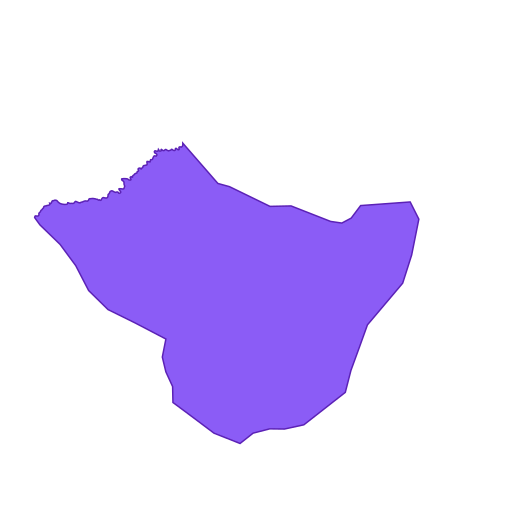 Cenxermandal, Hentiy, Mongolia (Equal Earth projection), rotated 54°
{"feature_id": "93677404B41440940318448", "entity_name": "Cenxermandal", "entity_type": "district", "adm_level": 2, "iso_a3": "MNG", "parent_name": "Mongolia", "parent_adm1": "Hentiy", "projection": "equal_earth", "projection_center": [108.512, 47.906], "detail": "fine", "context": "isolated", "style": "filled", "palette": "violet", "viewbox_px": 512, "rotation_deg": 54, "n_neighbors": 0, "source": "geoboundaries", "source_scale": "gbopen_adm2", "svg_char_len": 4868}
<svg xmlns="http://www.w3.org/2000/svg" viewBox="0 0 512 512"><g transform="rotate(54 256 256)"><path d="M113.8,353.9L113.2,354.7L112.3,356.3L111.9,356.8L111.8,357.2L111.8,357.8L112.1,358.2L112.4,358.6L112.5,359.1L112.5,359.5L112.6,359.8L112.5,360.2L112.1,360.6L111.1,361.7L110.7,362.6L110.4,363.8L110.2,365.0L109.9,365.4L109.6,366.2L109.7,366.7L109.1,367.7L108.1,368.4L106.5,369.3L105.8,369.8L105.7,370.3L105.9,371.2L106.2,372.4L106.0,373.0L105.5,373.7L104.8,374.5L104.2,375.6L103.3,376.2L102.8,376.4L102.5,376.7L102.4,376.9L102.3,377.0L102.7,377.3L103.0,378.2L102.7,379.2L101.5,380.9L99.8,382.6L98.2,383.7L96.4,384.3L94.2,384.5L93.6,384.8L92.8,385.6L92.5,386.1L92.3,386.7L92.3,387.1L92.1,387.7L91.8,387.9L91.7,388.3L91.8,388.8L92.1,389.3L92.3,389.7L92.8,390.6L92.8,391.1L92.5,391.5L92.0,391.9L93.0,392.3L93.2,392.8L93.2,393.2L93.0,394.0L92.6,394.8L92.2,395.6L92.2,396.1L91.5,397.3L91.3,398.2L91.3,398.5L91.5,398.8L91.8,399.1L92.1,399.6L92.2,400.2L92.4,401.1L92.7,402.0L92.7,402.9L92.9,403.5L93.4,404.4L93.6,405.2L93.7,406.2L93.9,406.6L94.3,406.9L95.0,407.3L95.4,407.8L95.5,408.3L95.5,408.8L95.2,409.4L94.3,410.4L93.9,410.9L93.9,411.4L94.1,411.7L94.6,412.2L94.8,412.5L103.9,412.5L131.4,407.7L157.8,407.5L185.6,411.7L212.4,407.2L239.2,393.1L270.2,377.7L282.7,391.2L296.7,397.0L312.6,400.2L325.7,409.3L347.4,402.5L374.7,394.1L398.3,379.1L397.6,362.5L403.9,346.5L412.7,334.7L420.7,316.5L418.8,263.9L404.4,246.5L391.2,226.9L377.2,206.3L364.2,153.3L346.7,129.5L321.9,102.6L302.9,99.5L276.7,141.7L281.3,156.7L279.8,167.2L271.9,175.3L236.1,198.2L224.1,215.5L184.3,236.7L174.9,244.2L121.7,248.9L122.7,249.6L123.2,250.1L123.8,250.7L124.0,251.5L124.0,252.2L124.0,252.4L123.5,252.8L122.9,253.5L122.8,253.9L122.8,254.4L123.1,254.7L123.5,255.0L123.9,255.1L124.2,255.2L124.6,255.6L124.6,256.1L124.4,256.4L124.0,256.7L123.3,256.9L122.6,257.1L122.0,257.3L121.8,257.6L121.7,257.9L121.9,258.2L122.3,258.6L122.7,259.0L122.9,259.4L122.8,259.9L122.5,260.3L121.8,260.8L120.9,261.1L120.5,261.2L120.1,261.5L120.0,261.9L120.2,262.4L120.3,262.8L120.1,263.2L120.0,263.7L119.8,264.0L119.7,264.2L119.6,264.6L119.6,264.8L119.5,265.0L119.0,265.3L118.3,265.7L117.3,266.1L116.8,266.3L116.7,266.5L116.6,266.9L116.6,267.4L116.7,268.2L116.5,268.7L116.2,269.1L115.6,269.5L114.9,269.6L114.4,269.8L114.1,269.9L114.1,270.0L114.2,270.3L114.5,270.3L114.9,270.5L115.1,270.9L115.0,271.4L114.7,272.0L114.3,272.4L114.0,272.6L113.5,272.5L113.0,272.3L112.8,272.2L112.5,272.3L112.4,272.3L113.1,273.1L113.3,273.8L113.3,274.2L112.9,274.7L112.4,275.1L111.8,275.5L111.5,276.0L111.6,276.5L111.8,276.9L112.1,277.1L112.7,277.2L113.6,277.2L113.8,277.1L114.0,276.9L114.1,276.7L115.2,276.5L115.7,276.6L116.1,276.9L116.4,277.6L116.5,278.1L116.0,278.6L115.5,278.9L115.3,279.3L115.2,279.8L115.3,280.2L115.5,280.6L115.7,281.0L116.0,281.5L116.3,282.1L116.8,282.7L116.9,283.2L116.8,283.7L116.5,284.2L116.2,284.6L116.3,284.8L116.4,285.1L116.8,285.5L117.3,285.9L117.6,286.4L117.5,286.6L116.9,287.0L116.5,287.3L116.5,287.6L116.3,287.8L115.7,288.2L115.5,288.5L115.6,288.8L115.9,289.1L116.5,289.4L117.3,289.8L117.7,290.1L117.9,290.4L118.1,290.6L118.1,290.8L118.1,291.1L117.7,291.8L117.3,292.8L116.9,293.6L116.9,294.3L117.2,294.9L117.6,295.3L117.8,295.7L117.7,296.3L117.9,297.0L118.0,297.4L118.1,297.7L118.0,297.8L117.9,297.9L117.3,297.9L116.9,298.0L116.6,298.3L116.3,298.7L116.1,299.4L116.1,299.9L116.3,300.1L116.5,300.4L117.1,300.5L117.8,300.8L118.1,301.2L118.1,301.8L117.9,302.4L118.1,302.7L118.8,303.6L118.6,304.3L118.4,305.0L118.3,306.1L118.6,306.5L118.6,307.4L118.6,308.2L118.9,309.1L119.2,309.3L119.5,309.4L119.5,309.6L119.4,310.0L119.1,310.2L118.6,310.4L118.4,310.5L118.4,311.0L118.4,311.5L118.6,311.7L119.2,311.9L120.0,312.0L120.5,312.1L120.8,312.5L120.8,312.9L120.7,313.2L120.1,313.7L119.8,314.0L119.4,314.2L118.8,314.4L118.2,314.6L117.5,315.2L116.9,315.9L116.3,316.6L115.5,317.7L115.1,318.6L114.8,318.9L114.7,319.1L114.8,319.5L115.2,319.7L115.9,319.9L116.3,319.8L117.3,319.4L117.8,319.3L118.4,319.4L119.0,319.6L120.1,320.4L120.7,320.7L121.5,320.9L122.4,321.2L123.0,322.1L123.6,322.9L123.9,323.5L123.8,323.8L123.3,324.6L123.0,324.9L122.6,325.3L122.1,325.8L121.7,326.5L121.2,327.0L121.1,327.3L121.2,327.5L121.6,327.7L122.1,327.7L123.0,327.7L124.1,327.7L124.8,327.8L125.2,328.7L124.9,329.9L124.7,330.0L124.3,330.2L123.7,330.1L123.4,330.1L122.8,330.4L122.4,331.1L122.2,331.4L122.0,332.2L121.1,332.9L119.3,333.7L118.6,334.2L118.3,334.7L118.1,335.7L118.1,336.1L118.3,336.6L118.9,337.5L119.2,338.3L119.3,339.3L119.5,339.7L119.8,339.9L120.7,340.7L121.2,341.4L121.3,341.9L121.3,342.7L120.7,343.6L120.4,343.8L120.0,344.2L119.8,344.5L119.1,345.0L118.8,345.6L118.8,346.0L118.9,346.7L119.2,347.5L119.7,348.4L119.7,348.8L119.6,349.1L119.2,349.4L118.9,349.5L118.5,349.7L118.5,350.2L118.3,350.5L118.0,350.7L117.5,350.8L117.0,350.9L116.6,351.4L115.9,352.0L115.2,352.5L113.8,353.9Z" fill="#8b5cf6" stroke="#5b21b6" stroke-width="1.5"/></g></svg>